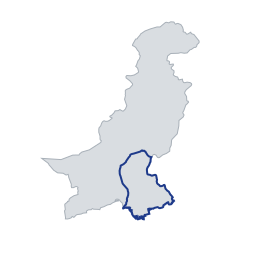 where Sind sits in Pakistan, rotated 345°
{"feature_id": "PAK-1114", "entity_name": "Sind", "entity_type": "Province", "adm_level": 1, "iso_a3": "PAK", "parent_name": "Pakistan", "parent_adm1": "", "projection": "natural_earth1", "projection_center": [68.493, 26.111], "detail": "fine", "context": "in_parent", "style": "outline", "palette": "blue", "viewbox_px": 256, "rotation_deg": 345, "n_neighbors": 0, "source": "natural_earth", "source_scale": "10m", "svg_char_len": 8931}
<svg xmlns="http://www.w3.org/2000/svg" viewBox="0 0 256 256"><g transform="rotate(345 128 128)"><path d="M215.9,54.8L219.2,62.4L218.7,64.0L216.3,65.3L215.4,66.9L214.3,67.6L212.7,67.3L209.6,68.5L208.1,68.5L204.5,70.8L201.6,70.3L198.6,68.9L195.9,68.8L188.6,67.1L184.9,68.7L183.1,72.5L183.2,73.2L184.5,73.7L185.1,74.4L185.2,75.1L184.3,76.7L184.9,77.5L188.2,77.9L188.3,78.5L187.9,79.3L185.5,80.6L185.2,81.6L185.6,82.8L187.2,84.5L186.9,86.2L185.5,88.2L185.7,88.9L187.1,90.5L189.1,91.6L189.4,93.5L189.1,94.1L189.7,94.7L193.2,94.9L193.0,96.9L193.5,98.5L194.7,99.0L196.9,99.0L199.7,100.2L200.8,101.5L200.8,102.4L200.0,103.4L194.2,106.1L192.2,107.9L191.7,109.3L192.7,112.7L191.9,116.6L192.2,117.3L193.0,117.6L193.2,118.7L190.4,120.6L189.9,120.6L186.3,125.8L185.0,127.0L184.9,128.1L185.5,129.9L184.1,131.7L179.2,133.9L177.6,139.2L174.0,146.4L167.6,150.3L167.0,151.0L165.2,155.9L163.2,158.2L162.3,161.2L158.6,162.5L154.5,163.0L150.9,164.6L150.1,164.7L148.8,163.9L148.1,161.5L146.5,160.3L145.5,160.3L142.6,162.7L139.8,167.9L135.7,172.8L134.9,177.2L135.3,178.0L138.0,179.6L141.7,180.3L142.7,181.3L142.5,185.3L141.9,187.3L142.2,189.6L144.1,192.4L146.2,192.7L147.6,192.4L148.5,192.9L148.5,196.3L151.2,201.3L153.2,206.4L152.3,207.4L152.3,208.0L152.3,209.2L153.1,210.0L153.1,210.4L151.3,211.2L150.4,212.3L149.4,212.7L147.8,212.1L147.4,210.2L146.7,210.3L142.2,212.0L141.3,213.3L138.8,213.7L137.8,213.6L136.0,212.2L128.4,211.9L127.6,212.3L127.0,211.6L126.4,212.3L126.4,216.4L123.7,216.4L121.3,216.9L119.9,217.9L119.3,219.4L118.4,218.0L117.4,218.3L116.4,217.3L115.9,218.3L114.2,218.6L113.9,217.1L113.0,217.6L112.3,216.8L112.0,215.7L110.7,214.7L110.0,213.5L109.8,210.9L108.5,205.5L107.7,205.0L103.1,204.1L102.8,203.1L103.0,199.0L101.6,196.9L101.2,195.4L100.0,194.2L98.8,193.8L97.6,194.0L96.5,195.3L99.1,195.1L100.4,196.0L97.7,195.7L93.7,196.3L91.3,197.2L88.2,197.0L84.2,197.8L80.9,197.9L79.6,199.6L78.2,198.9L73.7,197.5L72.7,196.6L71.3,197.4L68.8,196.8L66.9,197.2L66.2,198.0L66.1,199.2L62.4,198.6L60.6,199.0L56.6,198.5L55.6,198.6L52.6,200.3L51.2,199.0L50.0,200.0L47.9,200.3L46.0,200.2L44.0,199.6L44.5,198.2L45.2,191.7L46.3,190.5L47.0,186.0L47.3,185.2L50.2,183.9L50.6,183.2L51.9,183.4L52.8,181.5L54.3,180.6L58.3,179.4L62.5,179.3L62.9,176.7L63.6,176.2L63.6,173.4L64.3,172.8L64.2,172.4L63.7,171.6L62.7,171.0L59.8,171.5L58.1,171.0L58.1,169.6L58.7,167.6L58.0,160.6L58.2,157.3L56.0,157.4L53.6,154.9L48.4,153.1L45.4,149.7L42.2,143.2L42.0,141.7L36.8,135.0L55.2,141.2L67.7,139.9L73.7,141.4L74.5,140.5L77.1,139.3L85.1,139.1L98.0,134.9L98.9,133.4L98.2,132.4L98.1,131.5L98.9,128.6L98.7,124.6L99.4,121.9L100.0,120.4L102.2,118.9L103.8,116.5L104.9,115.5L106.0,114.9L107.1,115.0L108.1,115.8L110.1,116.2L111.9,115.9L115.2,114.4L115.1,113.9L113.6,112.9L113.4,112.2L113.9,111.7L115.2,111.6L118.3,109.8L120.0,108.1L123.1,108.7L124.9,108.1L127.0,110.2L128.0,110.4L130.4,109.0L132.6,106.2L132.1,99.4L134.0,95.9L134.0,94.8L134.5,93.8L135.0,91.3L135.8,90.6L137.3,90.2L139.8,90.0L143.6,87.5L143.8,86.4L142.1,83.0L139.1,79.1L139.4,77.6L140.5,77.0L144.3,78.3L147.9,78.4L152.4,77.0L152.8,76.1L152.8,72.6L151.4,70.4L152.5,69.4L155.0,65.7L156.8,64.4L158.6,61.4L157.8,59.9L158.4,58.3L158.0,56.4L157.4,55.7L156.4,52.4L155.4,51.0L153.7,49.5L154.2,48.4L158.4,44.1L160.1,44.2L160.7,43.4L163.7,41.4L164.4,40.5L169.5,38.7L175.0,38.1L182.2,37.9L185.2,38.7L191.4,35.8L192.4,35.8L194.6,37.0L196.4,36.5L197.4,36.7L199.7,37.5L200.6,39.9L201.0,40.1L202.3,39.7L203.3,39.9L205.8,41.8L206.8,44.8L206.8,47.8L206.2,48.9L206.3,49.4L208.0,50.4L208.9,52.5L210.1,52.7L213.4,51.7L213.6,53.2L215.9,54.8Z" fill="#d9dde1" stroke="#a8b0b8" stroke-width="1"/><path d="M143.1,162.2L142.1,163.3L142.0,163.5L141.1,166.2L140.9,166.6L139.9,167.6L139.2,168.8L137.9,170.2L137.1,170.7L136.1,171.9L135.6,172.7L135.3,173.8L134.8,177.1L134.9,177.7L135.3,178.1L137.1,178.9L137.5,179.3L138.4,180.1L138.9,180.3L141.6,180.2L142.1,180.3L142.5,180.5L142.8,181.0L142.9,181.5L142.8,182.6L142.8,183.2L142.8,183.4L142.7,183.7L142.6,184.0L142.7,184.8L142.7,185.3L142.5,185.8L141.9,186.9L141.9,187.2L141.9,187.7L141.8,188.4L141.8,188.6L142.0,189.3L142.3,189.9L142.8,190.5L143.3,191.0L143.5,191.3L143.7,192.0L143.9,192.3L144.1,192.5L144.5,192.7L145.2,192.8L146.5,192.8L147.0,192.7L147.4,192.5L147.8,192.3L148.3,192.4L148.6,192.8L148.6,193.4L148.5,196.2L148.6,196.6L148.8,196.9L149.2,197.5L149.3,197.8L149.4,198.2L149.5,198.4L149.9,198.9L150.6,199.6L150.8,199.9L151.0,200.2L151.4,202.1L151.6,202.9L151.9,203.6L152.6,204.8L153.0,206.0L153.3,206.5L153.1,206.7L152.3,207.1L152.2,207.4L152.1,207.9L152.1,208.3L152.3,208.5L152.3,208.8L152.3,209.2L152.3,209.4L152.4,209.5L152.6,209.7L153.1,209.8L153.5,209.9L153.6,210.3L152.9,210.6L152.8,210.8L152.7,210.9L152.6,211.0L152.4,211.0L152.1,210.9L151.9,210.9L151.7,211.0L151.0,211.5L150.8,211.7L150.8,212.0L151.0,212.2L150.9,212.3L150.5,212.4L150.0,212.7L149.8,212.8L148.3,212.6L147.8,212.4L147.6,212.2L147.5,211.4L147.4,210.9L147.5,210.7L147.7,210.4L147.6,210.1L147.1,210.1L145.9,210.4L145.4,210.8L145.2,210.9L144.5,210.9L144.3,211.0L143.9,211.4L143.7,211.4L143.4,211.4L142.8,211.7L142.4,211.7L142.2,211.8L142.1,212.0L141.8,212.9L141.7,213.2L141.3,213.5L140.8,213.7L138.4,213.7L137.8,213.6L137.3,213.3L136.4,212.3L136.1,212.1L132.8,212.0L131.9,212.4L131.5,212.5L131.3,212.4L130.6,212.1L130.3,212.0L130.1,212.0L129.6,212.3L129.3,212.4L129.1,212.4L129.0,212.2L128.7,211.8L128.7,211.7L128.4,211.5L128.2,211.6L128.2,211.8L127.8,212.6L127.7,212.7L127.4,211.7L127.2,211.4L126.6,211.4L126.4,212.0L126.4,216.4L123.0,216.4L122.5,216.5L122.1,216.8L122.1,216.5L122.0,216.4L121.8,216.4L121.8,216.5L121.9,216.8L121.6,217.1L121.3,217.1L121.2,216.8L120.9,217.1L120.9,217.3L121.0,217.4L120.8,217.4L120.4,217.6L120.1,218.1L119.8,217.3L119.8,217.8L120.0,218.2L119.9,218.4L119.7,219.0L119.7,219.5L119.8,219.9L119.8,220.1L119.7,220.2L119.2,219.6L119.2,220.0L118.7,219.8L118.6,219.5L118.7,219.4L118.9,219.2L118.9,218.9L119.0,218.6L119.0,218.4L118.8,218.1L118.7,217.9L118.6,217.5L118.7,217.0L118.3,216.8L118.2,216.8L118.5,218.0L118.6,218.3L118.4,218.8L118.3,219.1L118.2,219.1L118.0,218.9L118.0,218.6L117.9,218.6L117.7,218.6L117.4,218.6L117.3,218.3L117.0,218.2L116.9,218.1L116.9,217.9L116.7,217.8L116.5,218.0L116.4,217.8L116.4,217.3L116.3,217.2L116.3,217.5L116.2,218.4L116.1,218.6L115.7,218.5L115.4,218.4L114.8,218.1L115.0,218.4L115.0,218.6L114.9,218.8L114.7,218.8L114.0,218.7L113.8,218.7L113.7,218.5L113.7,218.4L113.9,218.0L114.0,217.2L114.0,216.9L113.8,217.1L113.8,217.7L113.7,217.9L113.6,218.0L113.4,218.0L113.3,217.8L113.3,217.5L113.1,217.7L112.9,217.5L112.8,217.4L112.6,217.3L112.6,217.5L112.8,217.7L112.1,217.6L112.0,217.4L112.3,217.4L112.5,217.2L112.6,216.9L112.3,217.0L112.2,217.0L112.2,216.8L112.3,216.3L111.8,216.2L111.7,216.1L111.9,215.6L112.0,215.5L112.5,215.3L112.6,215.2L112.4,215.2L112.1,215.2L111.9,215.1L111.6,215.0L110.9,215.0L110.6,215.0L110.4,214.8L110.4,214.3L110.2,214.0L109.9,213.4L109.9,213.2L109.9,212.3L109.7,212.1L109.9,211.8L109.8,211.4L110.0,211.2L110.4,211.2L110.7,211.2L110.4,211.1L110.2,211.0L109.7,211.0L109.6,210.8L109.6,210.5L109.8,209.9L109.6,210.0L109.4,209.8L109.3,209.5L109.1,209.2L108.9,208.9L109.2,208.7L108.8,208.6L108.7,208.4L108.7,208.2L108.6,207.8L108.8,207.9L109.0,207.9L109.4,207.8L108.9,207.5L108.7,207.4L108.3,207.5L108.2,207.4L108.2,207.2L108.3,206.8L108.5,206.4L108.8,206.1L109.1,205.9L109.4,205.7L109.3,205.4L109.2,205.3L108.9,205.4L108.5,205.5L108.4,205.4L108.4,205.2L108.2,204.9L107.7,204.9L107.4,204.8L107.3,205.0L107.5,205.3L107.2,205.1L106.8,204.8L106.6,204.7L106.4,204.6L106.2,204.4L106.0,204.5L106.1,204.8L105.8,204.7L105.6,204.6L105.4,204.4L105.1,204.2L104.8,204.2L104.5,204.3L104.2,204.3L104.0,204.2L103.8,204.2L103.2,204.3L102.9,204.4L102.8,204.5L102.5,204.4L102.5,204.1L102.8,203.8L103.1,203.6L104.9,202.0L105.1,201.9L105.7,201.8L105.8,201.7L106.1,201.5L106.4,201.2L106.7,200.6L106.8,200.4L106.8,200.0L106.9,199.8L107.4,199.1L107.9,198.6L108.1,198.3L108.4,197.3L108.5,197.2L108.4,196.7L108.5,196.4L109.1,195.2L109.5,194.9L109.7,194.7L109.9,194.1L110.7,193.1L110.8,192.8L111.4,191.1L111.5,190.6L111.6,190.2L111.5,188.9L111.7,187.6L111.7,187.3L111.6,186.8L108.7,180.9L108.6,180.6L108.4,179.9L108.4,179.3L108.3,172.3L108.1,171.0L108.2,170.5L108.2,169.9L108.7,167.8L108.7,167.4L108.8,167.1L109.0,166.8L109.7,165.3L110.5,164.2L111.1,162.8L111.2,162.5L111.7,162.3L113.0,162.1L114.5,161.7L117.2,160.3L117.7,159.5L118.1,159.1L120.6,157.0L120.8,156.8L121.3,156.4L122.3,155.9L122.5,155.7L123.1,154.7L123.3,154.5L123.5,154.4L123.8,154.3L125.0,154.1L126.9,154.2L132.4,154.0L133.9,153.9L135.1,153.4L135.3,153.3L135.5,153.4L135.9,153.4L136.2,153.5L136.3,153.6L136.3,153.9L136.4,154.0L137.5,154.1L137.8,154.2L138.1,154.8L138.3,155.0L138.5,155.1L138.7,155.3L138.8,155.5L138.8,156.0L139.0,156.5L139.1,156.8L139.8,159.1L140.0,159.5L140.7,160.6L141.1,161.0L141.8,161.5L143.1,162.2ZM110.8,215.1L111.0,215.3L111.8,215.1L112.1,215.3L111.8,215.4L111.7,215.8L111.4,215.8L111.2,215.8L111.0,215.6L110.9,215.3L110.8,215.1Z" fill="none" stroke="#1e3a8a" stroke-width="2"/></g></svg>